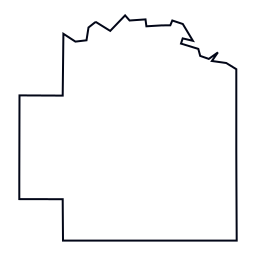 outline of Wabaunsee, Kansas, United States of America
{"feature_id": "52423323B37462453886567", "entity_name": "Wabaunsee", "entity_type": "district", "adm_level": 2, "iso_a3": "USA", "parent_name": "United States of America", "parent_adm1": "Kansas", "projection": "robinson", "projection_center": [-96.171, 38.975], "detail": "fine", "context": "isolated", "style": "outline", "palette": "ink", "viewbox_px": 256, "rotation_deg": 0, "n_neighbors": 0, "source": "geoboundaries", "source_scale": "gbopen_adm2", "svg_char_len": 554}
<svg xmlns="http://www.w3.org/2000/svg" viewBox="0 0 256 256"><path d="M236.7,240.6L236.4,178.2L236.3,150.3L236.3,122.7L236.3,95.2L236.3,69.2L226.2,63.0L211.9,61.0L217.9,52.4L208.8,58.9L200.2,55.9L198.3,48.9L181.0,43.6L182.7,38.4L192.9,40.8L182.8,24.0L172.3,20.5L170.3,25.3L161.5,25.4L146.4,26.3L145.5,19.4L129.6,20.5L125.1,15.4L110.2,30.9L96.2,22.2L95.0,22.4L88.5,27.5L86.5,40.3L75.4,41.6L63.4,33.8L62.7,95.6L19.5,95.4L19.3,178.3L19.3,199.1L62.7,199.2L63.0,240.6L77.5,240.6L142.5,240.6L236.7,240.6Z" fill="none" stroke="#020617" stroke-width="2"/></svg>